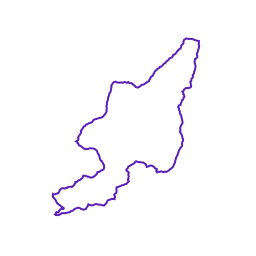 Kazhi, Wangdi Phodrang, Bhutan (orthographic projection), rotated 14°
{"feature_id": "84629894B17880677073525", "entity_name": "Kazhi", "entity_type": "district", "adm_level": 2, "iso_a3": "BTN", "parent_name": "Bhutan", "parent_adm1": "Wangdi Phodrang", "projection": "orthographic", "projection_center": [90.104, 27.757], "detail": "fine", "context": "isolated", "style": "outline", "palette": "violet", "viewbox_px": 256, "rotation_deg": 14, "n_neighbors": 0, "source": "geoboundaries", "source_scale": "gbopen_adm2", "svg_char_len": 5842}
<svg xmlns="http://www.w3.org/2000/svg" viewBox="0 0 256 256"><g transform="rotate(14 128 128)"><path d="M166.9,163.9L167.0,163.5L167.5,163.2L168.4,163.1L169.3,162.9L169.8,162.6L170.2,162.2L170.8,162.1L171.6,162.1L173.1,162.3L174.5,161.4L175.6,161.4L176.1,161.1L176.9,160.3L177.8,159.5L178.7,157.9L179.3,157.4L180.8,155.4L181.2,154.2L181.4,152.2L181.8,151.2L181.8,149.6L181.9,149.1L181.7,148.3L181.9,146.9L181.8,145.0L181.9,144.5L182.2,144.0L182.3,143.1L182.6,142.3L182.8,138.3L183.5,135.2L183.9,134.0L184.7,132.8L184.8,132.3L184.5,131.0L184.2,130.5L184.1,129.3L184.2,127.8L184.4,127.0L184.2,125.4L183.2,124.5L182.8,123.3L181.8,121.7L181.0,120.8L179.9,119.9L179.2,119.1L179.6,118.0L179.3,117.2L178.7,116.0L178.6,115.3L178.8,112.9L179.7,110.0L179.5,109.1L178.8,107.7L178.3,106.2L177.3,105.2L177.1,103.8L176.5,102.8L175.7,102.3L175.3,101.7L174.8,101.3L174.2,99.3L173.4,98.5L173.2,97.6L172.9,97.0L172.3,96.2L171.8,96.0L171.5,95.4L171.9,94.3L172.3,93.4L173.4,92.9L173.3,91.5L173.6,90.1L173.6,87.9L174.4,87.4L174.6,86.5L174.7,85.1L174.6,84.7L175.1,84.3L175.2,83.9L174.8,83.1L173.5,81.8L173.6,81.4L173.4,81.0L172.0,79.5L172.5,79.1L173.0,78.1L173.2,76.9L173.8,75.9L175.0,75.1L175.9,74.7L176.6,74.9L178.4,73.8L179.2,72.9L179.1,71.9L178.5,71.1L178.4,70.4L177.9,69.6L177.6,68.5L177.2,67.9L178.0,67.0L177.7,65.0L178.1,64.4L178.7,62.7L178.5,62.0L178.0,61.0L178.2,60.7L178.3,60.2L178.7,59.4L178.9,58.7L178.6,57.7L178.9,54.1L178.6,51.8L177.7,49.8L177.0,48.9L176.3,45.9L176.4,45.6L176.3,44.9L177.6,43.6L178.0,42.5L178.0,41.6L177.7,40.9L177.2,40.4L176.8,39.5L177.2,37.6L177.2,35.4L177.4,32.7L177.2,31.0L176.2,29.5L176.3,28.7L175.7,26.4L174.4,26.6L170.9,26.4L169.7,26.1L166.1,26.6L164.9,27.0L163.0,27.0L162.5,27.4L161.4,28.4L161.1,29.0L160.8,30.7L161.3,31.7L161.2,32.7L161.0,33.1L160.4,33.8L159.8,35.2L160.0,36.6L159.7,37.8L159.7,38.2L158.2,39.7L158.0,40.5L157.4,41.2L156.1,44.5L155.5,45.0L155.1,45.6L154.6,45.9L154.1,46.4L154.0,46.8L154.1,47.4L153.8,48.6L153.3,49.2L152.3,49.6L151.4,50.5L150.8,52.2L149.3,53.9L148.6,55.7L147.5,56.8L146.8,57.8L146.2,59.3L145.4,60.4L144.4,60.8L144.0,61.2L143.9,62.0L143.4,62.2L143.1,62.7L142.7,63.0L142.1,63.8L142.1,64.3L140.9,65.5L140.9,65.9L140.2,66.9L140.1,68.1L139.7,69.3L139.4,71.4L138.5,72.1L138.1,72.6L137.9,73.6L137.5,74.6L137.5,75.5L137.1,76.1L137.0,77.3L135.4,78.8L135.1,79.5L134.4,79.9L134.2,80.3L133.6,80.9L132.9,81.8L131.7,82.5L130.8,82.8L130.5,83.2L130.2,84.0L129.1,85.0L128.9,85.5L127.8,86.4L125.5,86.4L124.2,85.3L123.3,85.0L122.7,84.5L122.1,84.6L121.1,83.8L120.3,83.7L118.7,84.1L117.8,83.9L117.2,83.4L117.0,83.5L116.7,84.0L116.1,84.4L113.9,84.1L111.9,85.4L110.5,85.4L108.5,86.2L107.8,86.2L106.7,86.4L105.7,86.3L105.0,86.0L104.7,86.1L103.3,86.7L102.8,87.5L102.2,89.3L101.5,90.7L101.6,91.2L102.1,92.4L102.1,95.2L102.3,96.1L102.2,97.5L101.4,99.3L101.7,100.2L101.7,101.6L101.4,102.6L101.4,103.6L101.7,105.6L101.3,108.5L101.8,109.7L101.8,112.1L102.3,112.9L102.6,113.7L102.7,115.2L103.2,117.2L102.5,120.0L101.7,121.3L101.3,122.6L101.0,123.0L100.4,123.5L100.1,124.0L98.4,125.0L97.6,125.2L95.0,127.0L93.2,127.9L92.5,128.9L91.8,130.8L90.2,132.2L88.8,132.9L87.8,134.0L86.2,135.2L86.0,135.5L85.9,136.6L84.7,137.3L84.4,138.0L84.0,140.1L83.6,140.8L83.2,141.3L83.0,142.1L82.9,142.3L83.7,143.4L82.9,146.4L82.0,148.3L82.0,149.7L82.5,150.5L82.6,151.7L81.0,153.5L81.7,153.7L82.3,154.2L82.9,155.0L83.5,155.1L84.8,156.8L86.1,156.8L88.5,157.8L89.7,158.5L90.4,158.7L91.6,158.8L92.1,158.4L92.5,158.4L93.2,158.5L93.7,158.4L96.1,156.8L97.8,156.6L99.3,156.3L100.7,156.4L103.1,157.5L105.2,160.3L106.3,161.1L108.3,164.8L108.9,165.6L109.6,166.2L110.6,166.5L112.8,169.1L113.7,169.8L114.4,171.8L114.3,173.9L113.4,175.0L111.9,175.9L111.4,176.9L111.1,177.2L109.0,178.2L109.1,178.6L109.1,179.5L109.0,180.1L108.7,180.5L106.6,183.6L105.5,184.3L104.8,184.9L103.6,185.2L101.8,184.8L100.3,185.0L98.8,184.7L98.0,184.7L97.5,184.8L96.6,185.2L96.1,185.2L96.1,187.0L95.4,188.2L94.6,189.0L94.2,189.8L93.6,190.3L93.0,190.4L91.8,192.1L91.2,192.7L90.0,193.2L90.4,193.8L90.3,194.5L89.6,195.3L89.4,196.7L88.0,198.7L86.4,198.9L84.7,199.5L83.7,200.1L83.5,200.7L82.8,201.3L82.1,201.4L81.1,202.1L79.4,202.1L78.7,202.4L77.5,203.5L77.0,204.3L76.6,206.7L76.1,208.1L72.5,210.3L71.7,210.6L71.2,210.3L71.3,211.4L71.5,212.4L72.3,213.4L75.1,215.3L76.1,216.7L78.0,218.5L80.6,219.4L81.9,220.3L83.0,220.4L84.1,221.0L84.9,221.2L85.1,221.4L85.0,222.0L84.4,222.4L83.3,222.2L83.3,222.4L82.0,223.4L81.5,224.3L81.3,225.4L81.1,225.4L81.1,226.1L80.9,226.6L79.7,227.0L79.1,226.9L78.6,227.7L78.6,227.9L78.8,228.4L78.2,229.4L78.8,229.5L79.0,229.9L79.8,229.6L80.8,229.6L82.0,229.2L82.4,228.5L83.4,227.9L84.4,226.7L85.1,226.4L87.0,226.1L91.0,224.1L91.8,223.9L92.5,222.7L94.6,221.4L95.3,220.1L96.4,219.0L99.1,217.3L99.9,217.3L101.3,217.6L101.8,217.9L104.7,218.0L105.6,217.4L106.6,217.0L107.3,214.8L107.9,213.6L107.7,212.9L108.0,211.6L110.3,212.0L111.5,211.9L113.2,211.1L114.0,210.2L115.2,209.6L116.4,209.4L117.9,209.5L119.4,209.1L120.4,209.1L121.2,209.3L123.6,209.0L123.9,208.1L124.3,207.7L125.2,206.3L125.8,203.2L128.2,201.5L130.6,200.4L132.2,200.3L131.9,198.8L132.1,198.3L132.0,197.8L130.8,196.2L131.2,195.1L132.0,194.2L132.3,193.7L132.4,193.2L131.2,188.4L131.9,187.9L132.8,187.6L134.2,186.4L135.3,185.7L135.8,185.2L137.5,184.4L139.0,183.1L140.1,182.6L140.5,181.8L140.6,181.3L141.6,179.9L141.7,179.6L140.4,178.4L140.3,178.1L140.7,177.0L140.5,176.2L140.4,174.6L139.7,173.7L139.5,172.1L139.6,171.5L139.5,171.0L139.3,170.8L138.0,170.1L137.1,169.9L136.5,169.0L136.5,168.4L137.3,167.5L137.5,166.8L137.7,165.2L138.7,164.5L140.5,162.7L142.5,160.7L143.1,159.8L143.2,159.2L143.5,158.6L144.0,158.3L146.1,158.6L147.5,158.2L149.8,158.1L150.8,157.9L151.8,157.9L152.8,158.6L153.9,158.8L155.1,160.4L155.5,161.2L156.1,161.0L157.3,160.0L159.1,158.9L160.3,158.8L162.8,159.5L163.6,160.3L164.7,160.8L165.9,160.9L165.8,162.1L166.0,163.3L166.9,163.9Z" fill="none" stroke="#5b21b6" stroke-width="2"/></g></svg>